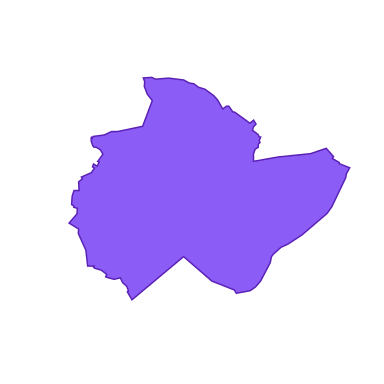 Cork City South East Lea-6, Cork, Ireland, rotated 133°
{"feature_id": "5873133B31894390357020", "entity_name": "Cork City South East Lea-6", "entity_type": "district", "adm_level": 2, "iso_a3": "IRL", "parent_name": "Ireland", "parent_adm1": "Cork", "projection": "orthographic", "projection_center": [-8.409, 51.872], "detail": "fine", "context": "isolated", "style": "filled", "palette": "violet", "viewbox_px": 384, "rotation_deg": 133, "n_neighbors": 0, "source": "geoboundaries", "source_scale": "gbopen_adm2", "svg_char_len": 1511}
<svg xmlns="http://www.w3.org/2000/svg" viewBox="0 0 384 384"><g transform="rotate(133 192 192)"><path d="M235.8,90.5L224.6,82.2L218.1,80.8L210.3,81.1L190.3,86.6L185.1,89.8L181.9,90.1L171.8,89.2L164.7,86.3L148.4,82.3L115.6,78.6L107.4,79.7L76.8,89.3L73.4,91.5L66.7,93.2L70.9,103.7L70.0,104.5L71.8,112.2L69.6,112.6L68.5,123.6L83.2,131.5L107.4,152.7L127.6,167.9L122.4,172.9L117.6,175.0L114.2,174.0L111.9,176.1L109.4,176.0L108.6,177.9L105.0,179.3L105.8,180.3L104.9,183.2L105.6,190.0L102.3,191.5L98.7,191.5L97.4,195.9L102.2,196.6L104.5,215.3L105.6,216.8L104.1,223.6L105.8,225.3L110.3,226.2L107.3,235.8L106.7,241.6L108.0,252.6L111.0,258.8L111.6,264.5L114.2,268.4L115.7,274.4L124.6,286.7L134.4,295.7L135.6,299.6L141.8,305.4L143.6,301.8L147.3,298.9L151.0,291.3L152.2,283.4L177.6,272.9L198.6,287.7L202.7,292.1L210.2,295.1L218.7,302.1L220.2,302.0L220.4,303.4L220.9,301.7L221.4,302.4L223.5,300.5L225.7,296.4L226.1,294.3L224.7,292.9L223.6,288.1L225.1,282.9L234.0,281.8L233.3,280.4L237.7,278.9L238.7,283.1L241.5,281.9L241.1,279.6L246.5,278.8L256.5,283.1L256.9,281.2L261.9,281.8L267.9,275.6L271.4,279.3L276.6,276.9L283.3,271.5L282.8,268.5L283.8,268.0L282.1,264.7L286.5,261.2L298.6,260.7L296.4,249.7L299.9,246.8L306.9,230.0L317.3,217.8L312.9,213.1L314.2,212.6L314.1,211.2L311.1,205.2L310.5,199.6L310.5,198.1L312.9,197.3L312.1,195.3L309.0,189.4L303.7,185.9L305.6,180.9L305.5,175.3L307.8,170.9L309.1,171.2L311.8,162.4L245.0,154.1L243.6,116.6L234.8,94.3L235.8,90.5Z" fill="#8b5cf6" stroke="#5b21b6" stroke-width="1.5"/></g></svg>